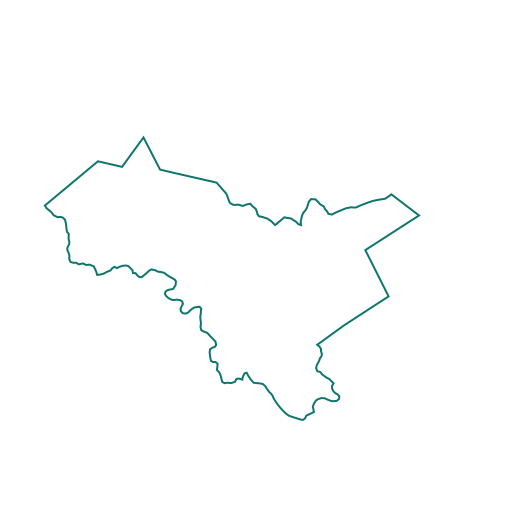 outline of Esperantina, Piauí, Brazil, rotated 57°
{"feature_id": "56859067B45673851055188", "entity_name": "Esperantina", "entity_type": "district", "adm_level": 2, "iso_a3": "BRA", "parent_name": "Brazil", "parent_adm1": "Piauí", "projection": "orthographic", "projection_center": [-42.165, -3.795], "detail": "fine", "context": "isolated", "style": "outline", "palette": "teal", "viewbox_px": 512, "rotation_deg": 57, "n_neighbors": 0, "source": "geoboundaries", "source_scale": "gbopen_adm2", "svg_char_len": 3353}
<svg xmlns="http://www.w3.org/2000/svg" viewBox="0 0 512 512"><g transform="rotate(57 256 256)"><path d="M211.5,363.4L211.1,360.1L210.6,356.1L210.1,353.9L210.3,351.0L213.0,348.3L215.8,346.7L217.8,344.3L220.2,342.1L223.0,341.2L226.4,339.7L229.3,338.1L231.4,337.0L233.8,337.0L236.7,339.4L238.5,343.6L237.3,346.3L236.5,348.6L236.5,351.1L238.0,353.0L240.2,353.2L243.5,352.4L246.6,350.7L248.3,348.7L249.6,346.0L251.7,343.7L253.9,342.7L256.3,343.3L257.8,346.0L259.1,348.0L261.4,349.1L264.0,348.6L265.9,346.6L266.5,343.9L265.9,341.5L265.6,338.7L265.5,336.1L266.4,333.8L267.8,331.0L270.3,330.6L272.2,332.2L274.5,333.9L276.4,335.7L278.7,337.0L282.3,338.7L285.3,341.2L288.2,342.3L290.6,341.2L294.0,338.7L298.6,338.0L302.2,337.2L305.8,336.6L309.0,338.0L309.8,340.1L309.1,342.5L309.3,345.5L311.8,347.5L315.0,349.1L317.1,350.0L319.5,350.9L321.5,349.8L322.8,347.7L325.4,346.9L328.3,349.1L330.2,350.8L333.6,350.2L337.6,350.9L340.7,352.1L343.2,352.9L345.6,351.6L346.5,349.3L349.0,346.1L350.1,342.3L348.5,339.5L349.4,337.1L352.2,334.9L350.2,332.9L348.2,329.6L348.8,327.4L351.9,327.7L355.8,327.7L358.3,327.4L360.9,327.1L362.6,325.2L364.3,322.9L366.9,320.1L370.1,319.1L373.9,319.2L377.0,319.0L379.4,318.4L382.0,318.2L384.3,318.6L386.8,318.8L389.8,318.8L393.5,318.6L397.9,318.1L401.0,317.5L404.4,316.7L407.7,315.5L410.9,313.1L413.7,310.7L416.6,308.4L419.0,306.0L419.0,303.5L417.3,300.8L417.8,297.3L418.4,292.4L415.7,291.3L413.4,290.5L411.2,287.6L409.8,284.3L409.9,281.5L410.9,278.3L412.7,275.9L415.6,274.1L418.7,271.8L420.1,269.9L421.5,267.1L421.0,264.0L418.9,262.5L416.4,263.0L414.3,264.2L411.5,264.7L408.7,264.4L406.5,263.2L405.0,260.3L402.2,260.9L399.1,261.5L396.6,263.0L394.1,264.0L391.3,265.0L388.3,265.3L386.1,267.3L382.8,266.7L380.4,264.1L378.4,260.3L376.5,257.9L375.8,255.8L374.2,254.1L371.6,253.5L369.3,252.1L366.5,252.1L363.8,253.0L362.1,219.3L362.1,182.6L362.1,166.8L310.6,161.1L310.6,155.1L310.8,97.2L278.0,108.9L278.2,111.8L278.3,116.5L275.6,122.6L273.6,127.6L272.4,132.0L271.8,134.8L270.5,140.8L269.8,145.6L268.4,147.9L267.0,149.6L265.0,154.5L263.8,160.7L263.0,165.2L262.6,169.8L260.1,172.3L257.3,172.1L254.5,172.6L251.3,172.2L247.7,174.0L245.3,174.3L240.9,175.3L238.3,178.8L239.3,182.2L243.2,186.9L244.5,189.4L245.7,193.2L247.6,195.8L251.5,199.8L254.6,201.4L252.4,203.1L248.6,203.9L246.4,205.1L243.9,206.0L242.1,207.8L240.7,209.5L239.0,211.1L240.5,223.1L238.3,223.6L235.2,224.2L230.9,226.1L226.7,229.4L224.2,231.9L221.9,232.1L219.3,231.1L216.3,230.6L211.7,232.0L209.1,232.3L207.6,235.9L206.8,239.9L203.3,242.8L202.3,244.8L200.6,247.3L197.2,249.0L192.2,248.0L190.0,247.4L187.3,247.0L173.0,249.1L142.0,279.2L131.3,289.4L95.3,285.8L103.8,308.1L108.3,319.8L90.5,337.0L98.7,405.6L102.1,405.6L105.3,404.5L107.7,403.8L111.6,403.5L115.2,401.4L116.8,398.7L118.5,397.1L121.5,396.4L125.7,397.9L129.3,399.8L132.6,401.3L135.5,401.0L137.6,402.5L140.1,404.1L142.3,404.7L144.4,406.3L145.4,408.4L146.9,410.2L149.0,411.2L151.4,411.4L154.4,412.5L156.6,414.2L160.0,414.8L162.2,412.9L163.7,410.5L166.5,409.1L168.0,405.2L171.0,403.4L172.5,400.4L176.4,397.7L179.7,398.1L182.4,398.6L185.3,399.5L186.8,396.6L187.8,393.6L188.0,390.7L188.4,388.1L188.9,385.8L188.0,383.4L188.0,380.6L190.4,379.3L190.7,376.6L191.6,373.1L193.2,370.2L195.0,368.5L197.7,368.0L200.5,367.3L203.3,368.5L204.8,366.4L207.3,366.1L210.1,365.3L211.5,363.4Z" fill="none" stroke="#0f766e" stroke-width="2"/></g></svg>